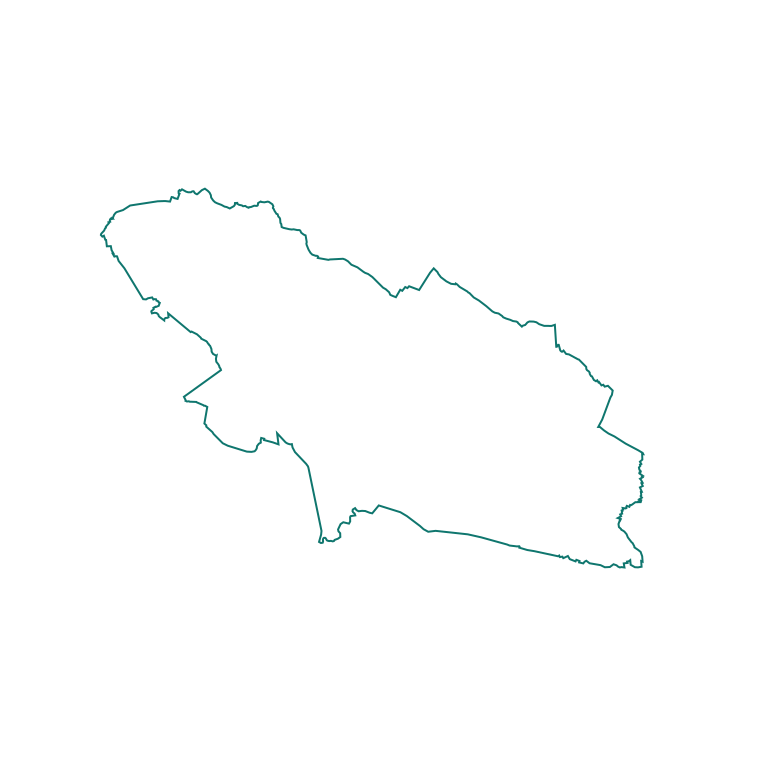 Ixtaczoquitlán, Veracruz, Mexico, rotated 313°
{"feature_id": "50627088B20096536906195", "entity_name": "Ixtaczoquitlán", "entity_type": "district", "adm_level": 2, "iso_a3": "MEX", "parent_name": "Mexico", "parent_adm1": "Veracruz", "projection": "natural_earth1", "projection_center": [-97.025, 18.851], "detail": "fine", "context": "isolated", "style": "outline", "palette": "teal", "viewbox_px": 768, "rotation_deg": 313, "n_neighbors": 0, "source": "geoboundaries", "source_scale": "gbopen_adm2", "svg_char_len": 6128}
<svg xmlns="http://www.w3.org/2000/svg" viewBox="0 0 768 768"><g transform="rotate(313 384 384)"><path d="M231.6,283.1L231.8,291.2L231.2,293.6L230.7,306.5L232.3,311.8L241.0,329.8L244.0,333.4L246.5,335.2L247.8,335.3L250.0,334.9L252.1,333.5L254.9,333.2L257.1,333.9L258.7,332.2L260.8,331.0L262.3,333.8L261.2,334.5L265.5,342.5L267.9,348.0L275.1,339.4L274.2,351.8L274.6,353.9L275.4,355.7L276.2,356.9L277.2,357.6L275.2,360.4L273.5,365.3L272.5,381.5L271.9,384.6L271.1,386.0L233.9,438.5L231.0,440.7L224.2,444.2L224.7,446.3L226.1,447.4L227.2,446.9L228.7,445.3L229.7,444.9L230.5,445.0L231.3,445.8L231.4,446.7L230.7,448.8L231.1,450.0L231.8,451.1L233.1,452.2L234.0,453.9L235.3,454.5L236.3,454.2L239.4,455.8L242.3,456.4L245.0,453.7L245.2,451.2L246.3,449.6L251.9,447.8L255.1,448.5L258.0,453.6L260.4,453.0L263.5,450.0L264.6,449.7L268.3,452.6L269.2,450.9L269.1,448.9L269.5,447.7L270.9,446.8L273.5,447.5L273.0,449.9L273.6,452.2L276.2,454.4L278.3,456.9L280.1,461.4L281.4,463.6L291.6,463.0L301.4,483.4L303.0,490.8L304.7,507.1L304.8,512.0L306.1,517.1L311.8,521.9L331.2,547.8L338.1,559.6L350.6,583.6L351.5,586.0L355.9,592.0L357.6,593.6L357.5,594.1L356.6,594.6L360.3,602.0L364.3,608.0L376.8,628.9L378.0,629.1L377.4,630.7L379.4,632.2L378.9,633.9L383.6,635.8L382.6,639.3L384.9,645.1L386.6,644.6L387.9,647.7L386.6,648.4L388.7,652.1L390.8,651.9L392.7,652.5L393.1,656.6L399.2,665.9L400.6,670.5L404.2,674.0L408.7,674.8L410.0,677.7L410.1,679.9L410.7,681.6L412.0,682.5L413.8,685.0L416.3,681.7L419.2,684.1L419.9,682.9L421.2,683.9L423.1,684.2L420.0,687.7L421.1,692.4L423.1,694.8L426.0,697.0L429.9,692.9L430.4,694.3L434.1,690.3L436.2,686.2L436.0,683.2L435.3,678.6L436.0,677.8L437.2,674.3L437.1,673.0L438.1,667.0L439.6,663.8L440.0,660.4L439.6,658.0L439.0,656.7L439.3,657.0L439.5,656.3L439.6,656.6L439.6,653.4L441.5,651.0L444.7,649.6L444.8,649.9L446.7,649.3L445.4,646.4L449.0,647.6L449.7,645.7L451.6,646.6L452.5,645.2L453.5,645.1L453.7,644.1L455.2,644.6L456.1,643.1L457.8,645.6L458.6,645.9L459.4,645.0L460.5,644.7L461.5,647.2L463.4,646.5L463.7,647.2L465.1,647.7L468.9,648.4L472.7,652.3L473.9,651.7L472.7,650.3L474.2,650.6L473.8,649.3L476.8,650.1L477.1,648.1L478.1,648.0L480.3,645.4L481.0,646.1L482.9,641.7L485.9,642.8L487.0,639.9L488.1,640.6L489.2,637.2L489.3,635.9L492.2,636.8L492.3,635.9L493.4,636.2L492.8,631.9L494.0,631.8L493.9,631.1L495.3,631.2L495.5,629.2L496.8,627.4L499.0,627.3L499.6,626.2L501.0,626.7L501.7,624.2L504.9,624.5L508.8,620.6L509.5,621.5L510.0,620.2L508.9,615.1L505.2,601.4L502.8,588.3L500.9,582.0L500.1,576.6L499.8,571.2L498.7,570.0L506.9,567.8L528.5,558.8L531.5,558.1L535.2,555.7L535.4,549.0L532.6,547.2L533.0,544.9L531.3,544.0L532.1,539.9L531.4,539.8L532.1,537.4L530.6,537.2L530.1,534.7L531.4,530.9L531.0,530.0L531.2,529.2L531.8,527.4L532.5,526.8L532.9,525.4L532.6,523.0L533.0,521.7L534.4,520.2L534.8,509.9L534.3,508.9L531.8,499.1L530.2,496.7L530.9,492.5L529.3,492.4L528.8,491.9L528.7,491.0L528.8,490.0L531.8,485.1L531.4,484.6L529.1,485.0L528.7,484.6L543.8,468.6L540.7,466.9L535.7,461.4L533.6,456.7L533.1,453.4L531.7,450.9L528.9,447.7L526.9,446.9L523.5,447.0L521.2,445.7L520.0,445.7L520.0,440.4L520.3,439.8L520.0,438.3L518.0,435.4L517.0,432.5L515.2,428.8L514.1,425.7L514.3,424.1L513.7,419.7L511.7,416.4L511.0,413.7L510.7,405.7L509.8,396.5L508.5,390.6L508.8,384.4L508.4,383.3L508.5,381.9L506.6,373.1L506.7,369.5L506.4,367.9L505.6,368.2L503.0,364.7L501.6,359.6L500.9,352.7L501.6,348.7L502.3,346.8L502.5,341.5L496.9,341.8L476.7,345.6L472.6,335.7L470.1,335.7L469.4,333.4L464.6,333.8L464.0,331.6L455.6,333.5L454.3,330.2L453.5,327.8L454.6,325.2L454.5,320.6L453.8,317.6L454.3,302.6L453.6,297.3L452.4,294.4L452.0,292.3L451.2,285.0L449.0,278.8L449.2,274.0L448.5,270.6L447.6,268.6L438.2,259.5L436.9,258.7L431.0,249.6L432.3,248.9L432.0,247.5L431.2,246.7L429.7,243.3L429.8,240.7L430.8,237.2L432.9,232.7L433.7,231.5L435.1,230.7L439.2,225.3L438.5,223.4L438.2,220.3L439.1,218.0L438.8,217.1L437.5,215.7L435.5,212.4L434.0,211.1L432.6,209.1L429.7,204.1L429.0,202.1L430.9,199.8L431.2,198.4L433.8,195.5L434.4,194.1L434.4,192.5L435.6,190.4L435.1,189.3L436.0,185.7L436.8,184.0L436.8,183.1L437.0,182.6L438.5,181.9L439.3,179.8L438.7,175.7L438.1,174.6L435.3,172.6L433.6,170.3L433.4,169.4L430.5,168.5L428.6,169.8L428.1,169.8L427.2,169.2L425.9,167.5L422.7,166.0L421.2,164.7L420.6,164.8L420.0,163.4L419.6,161.1L417.9,159.7L417.7,158.3L416.2,155.8L415.7,153.6L416.3,153.1L414.7,151.6L413.4,152.7L411.7,152.9L407.2,151.5L406.1,148.2L405.0,146.4L404.1,142.9L402.4,138.8L401.7,136.5L401.7,134.0L402.5,130.4L404.0,128.6L405.0,125.9L405.1,123.5L404.7,119.8L401.6,118.6L395.5,118.0L395.0,117.5L394.6,115.5L395.1,113.3L394.1,112.4L392.5,112.0L390.6,109.9L389.7,108.1L388.6,103.5L386.6,103.4L386.4,102.2L385.0,102.2L383.4,103.8L383.2,104.2L383.6,104.7L378.6,106.8L377.0,104.0L376.7,102.4L375.9,101.2L371.5,103.1L368.5,99.1L363.3,93.9L341.4,76.6L333.2,74.5L327.7,71.4L326.3,71.0L323.7,71.2L320.9,72.3L320.5,72.0L320.2,72.8L320.0,72.4L319.5,72.7L319.0,72.4L319.3,71.8L318.8,71.4L318.3,71.7L318.1,71.4L317.5,71.4L316.5,72.0L315.9,73.1L314.4,72.2L314.1,73.1L309.3,73.3L308.7,74.0L307.5,73.9L305.3,74.7L301.1,74.7L299.9,75.3L299.7,77.5L301.4,78.0L299.4,81.8L299.8,82.5L295.7,87.4L298.5,90.2L296.1,93.5L294.9,97.3L294.3,96.7L293.3,99.9L294.6,100.7L295.3,101.7L293.0,106.0L291.6,115.2L281.8,150.0L283.6,152.3L285.7,152.9L289.2,155.4L288.5,157.7L289.5,158.2L290.5,159.5L289.8,160.7L290.5,162.4L290.5,162.9L290.0,163.5L290.4,164.7L287.5,165.9L284.7,164.6L284.7,164.2L282.4,163.4L281.8,164.5L279.8,164.4L279.1,164.1L278.2,164.5L277.4,166.1L279.7,167.7L280.8,169.3L280.9,171.5L280.1,172.9L280.0,174.3L280.6,179.9L281.5,179.1L283.2,179.1L284.7,180.5L285.9,180.9L288.5,177.9L290.1,207.2L291.1,207.5L292.8,213.3L292.9,218.5L292.5,219.4L294.1,224.8L294.1,225.8L293.5,228.1L293.6,229.0L293.3,229.4L293.3,230.8L291.9,233.9L290.1,235.9L289.4,238.4L290.3,242.0L290.7,242.1L287.8,243.9L285.9,246.2L285.4,249.5L284.7,251.4L284.2,251.9L283.7,254.0L283.0,255.3L238.2,246.4L236.7,250.5L236.4,250.5L236.8,251.8L238.3,253.1L238.5,253.9L242.9,259.0L242.9,259.6L245.3,266.3L245.3,267.1L246.0,267.8L246.7,270.4L232.6,279.6L232.6,282.2L231.6,283.1Z" fill="none" stroke="#0f766e" stroke-width="2"/></g></svg>